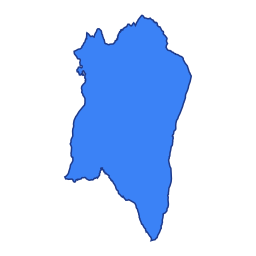 Puente Nacional, Santander, Colombia
{"feature_id": "7082276B3826053378979", "entity_name": "Puente Nacional", "entity_type": "district", "adm_level": 2, "iso_a3": "COL", "parent_name": "Colombia", "parent_adm1": "Santander", "projection": "equal_earth", "projection_center": [-73.687, 5.82], "detail": "fine", "context": "isolated", "style": "filled", "palette": "blue", "viewbox_px": 256, "rotation_deg": 0, "n_neighbors": 0, "source": "geoboundaries", "source_scale": "gbopen_adm2", "svg_char_len": 5658}
<svg xmlns="http://www.w3.org/2000/svg" viewBox="0 0 256 256"><path d="M163.5,32.9L163.3,31.5L162.3,31.0L161.7,30.3L160.2,27.3L159.8,26.8L158.9,26.8L157.5,25.6L157.3,25.1L157.4,24.2L157.1,23.3L156.6,22.6L155.8,22.3L155.3,22.8L154.4,22.1L154.0,21.5L153.5,21.5L153.5,20.7L153.1,20.1L151.6,19.6L150.1,18.1L149.7,18.4L149.1,18.7L147.5,18.7L145.6,18.0L144.5,18.0L143.2,16.0L142.3,15.4L141.7,15.4L138.2,19.8L137.8,20.9L136.7,22.5L135.8,24.8L135.4,25.5L135.0,24.5L133.7,22.8L132.7,24.0L131.6,25.8L131.0,25.8L130.2,25.5L129.9,25.2L129.5,24.4L128.5,24.2L127.8,24.3L127.3,25.5L126.6,26.6L126.3,26.6L125.8,27.2L125.1,27.3L123.4,28.5L123.1,28.9L122.7,30.0L122.0,29.6L121.8,29.6L121.5,30.2L121.1,29.8L120.7,30.1L120.8,30.4L120.6,31.6L120.2,32.1L119.7,31.8L119.0,33.4L118.2,34.7L118.3,35.5L117.7,36.0L117.9,36.3L117.6,37.1L117.8,37.6L117.6,37.7L117.4,38.6L117.6,39.0L117.3,39.4L116.8,39.0L116.6,39.2L116.7,39.8L116.6,40.1L115.9,40.7L115.3,40.7L114.7,42.6L113.8,43.2L113.7,43.6L112.9,44.0L109.8,44.2L109.4,44.6L108.9,44.7L108.1,44.6L106.5,43.8L105.8,43.8L104.9,43.1L104.5,41.5L104.2,39.8L103.7,39.2L103.0,37.0L102.6,36.4L102.5,35.0L101.7,33.7L101.6,32.3L101.2,30.8L99.1,28.8L98.1,28.8L97.7,28.9L97.0,29.7L96.4,31.7L95.4,33.2L94.8,34.5L94.3,36.0L94.1,37.0L93.1,36.6L92.3,36.0L91.5,36.4L90.5,36.5L88.5,34.0L86.9,32.8L86.7,33.5L86.7,36.1L86.4,37.5L86.7,38.7L85.8,38.9L85.2,40.8L84.9,42.0L84.5,42.6L83.9,43.0L83.1,45.0L81.9,46.4L81.8,47.6L80.2,48.9L78.3,49.2L75.6,50.7L74.1,51.3L74.3,53.3L74.6,54.1L76.6,56.6L77.6,58.6L78.1,58.9L78.6,58.8L79.7,59.0L80.0,59.4L80.3,60.0L80.3,60.6L79.8,62.7L80.1,64.0L80.1,65.1L80.4,65.4L81.7,65.6L81.9,65.8L82.2,66.5L82.2,67.1L82.0,67.5L81.4,67.9L81.0,67.8L80.0,67.0L79.0,67.1L78.4,67.3L78.1,68.5L77.1,69.6L76.9,70.0L77.1,71.5L77.3,71.9L77.7,71.9L78.2,71.6L79.1,73.7L79.4,74.9L80.8,75.0L81.1,74.8L81.4,73.8L81.8,73.5L82.2,73.6L82.9,75.3L83.2,75.3L83.3,74.7L82.3,71.8L82.6,71.3L83.4,70.8L83.7,71.0L85.1,73.6L85.5,73.8L85.4,74.6L85.0,74.6L84.9,75.0L84.8,75.9L85.0,77.0L84.7,77.8L84.8,78.1L85.4,78.5L85.6,79.3L85.6,80.0L85.3,80.1L85.2,80.3L85.4,80.7L85.4,81.6L84.8,82.9L83.4,84.2L82.0,86.0L81.7,86.6L81.5,87.9L81.5,88.7L82.0,90.4L81.7,92.4L82.7,93.8L83.1,95.6L83.7,96.1L85.0,98.5L85.0,102.7L84.6,104.8L84.4,105.3L83.3,106.4L79.1,111.5L76.7,115.5L75.8,116.6L74.1,120.4L73.6,123.2L73.5,124.2L73.7,125.7L73.5,127.3L72.9,128.7L72.6,131.1L72.8,135.7L72.6,136.5L71.3,139.1L71.0,140.3L71.0,141.8L70.9,142.5L70.3,143.7L70.3,144.1L71.3,146.3L71.6,147.6L71.3,151.8L71.0,153.1L71.2,154.5L71.1,155.5L71.2,156.0L71.7,156.6L72.1,157.3L72.8,157.4L72.9,160.7L72.2,162.2L70.5,165.0L70.1,167.6L68.8,171.8L68.7,172.4L68.3,173.5L67.5,174.7L66.0,176.3L64.8,176.9L65.7,178.9L66.6,178.8L68.4,179.3L71.5,179.1L72.4,179.3L72.8,179.7L73.1,180.8L73.4,181.0L73.7,181.7L74.8,182.1L75.4,181.6L76.2,179.7L76.4,179.6L76.9,179.6L77.6,180.1L77.8,180.0L78.0,179.2L79.3,179.4L80.0,179.1L81.1,178.9L82.1,177.6L83.9,177.7L84.9,177.4L85.6,177.7L86.1,178.5L86.7,179.0L88.9,180.1L89.9,180.2L90.4,179.9L91.0,180.0L91.8,179.6L92.3,179.9L92.8,179.8L93.5,179.5L94.1,178.5L94.4,178.3L95.5,178.3L96.9,177.4L97.2,177.5L97.5,178.0L99.6,175.0L99.4,173.6L100.2,172.5L100.1,171.6L100.4,170.7L101.2,169.9L101.1,169.1L100.8,168.3L101.2,168.0L102.4,168.0L102.4,168.8L102.2,169.4L102.3,169.6L103.7,170.1L103.8,170.4L103.6,170.8L103.6,171.0L104.1,172.0L104.8,172.2L105.3,173.7L106.1,173.4L106.3,173.8L109.1,175.7L109.0,177.3L110.7,179.2L111.0,180.2L111.7,180.3L111.9,181.0L112.3,180.9L112.6,181.2L113.5,183.1L114.6,184.6L115.5,186.3L115.9,188.0L116.6,189.7L116.9,190.0L117.6,190.4L118.1,191.0L118.5,193.2L118.7,193.7L119.7,194.3L121.3,196.2L122.4,197.1L123.0,196.3L124.7,198.9L125.4,199.3L125.8,200.2L128.0,200.1L128.7,199.6L133.3,202.2L134.7,203.1L135.1,203.7L136.0,205.5L136.2,207.2L136.6,208.2L137.4,209.1L138.0,211.5L138.7,213.4L138.8,214.5L139.3,216.0L139.2,217.3L139.9,218.9L139.9,219.6L140.2,220.1L141.2,222.5L141.5,223.7L141.8,224.2L142.2,224.2L142.6,224.6L144.1,227.5L144.5,228.0L145.5,228.8L145.5,230.0L145.8,230.6L146.2,231.9L146.6,231.5L147.7,232.8L149.6,235.9L150.6,236.9L151.4,238.5L151.4,239.0L151.3,240.1L151.1,240.6L153.6,239.9L155.0,239.7L156.6,237.8L157.1,237.7L157.7,235.4L159.5,232.2L160.6,229.2L161.2,228.4L161.1,225.7L161.9,224.6L162.0,223.5L162.4,222.5L162.3,220.0L162.9,217.6L163.1,215.9L163.3,214.8L163.1,214.4L163.3,213.8L165.3,212.8L166.9,210.8L167.0,208.9L167.2,208.2L168.0,207.1L168.1,206.3L168.3,205.6L168.4,203.9L168.0,199.8L168.2,197.0L167.8,196.0L167.7,195.3L167.9,194.9L168.4,194.4L168.4,192.4L168.6,191.3L168.9,188.1L170.0,185.7L171.1,181.9L171.4,178.8L170.9,168.5L170.7,167.9L169.9,166.5L168.8,161.6L168.6,159.8L169.2,158.3L169.3,156.6L169.6,156.4L169.8,155.9L170.0,152.9L170.6,150.5L171.3,146.3L171.9,145.9L172.4,144.9L172.6,142.3L172.8,141.7L172.6,140.7L172.9,139.9L172.9,139.0L173.2,138.4L173.1,137.3L172.9,137.1L173.0,136.6L172.4,136.3L172.4,135.9L172.7,134.9L173.2,134.7L173.6,133.7L173.9,131.2L174.9,130.4L175.4,129.6L175.6,129.5L175.8,128.4L175.7,125.4L175.9,123.2L176.6,120.3L177.8,118.6L178.3,116.7L179.9,113.5L182.5,106.8L183.4,103.5L184.1,101.9L184.1,101.3L184.4,100.9L185.4,97.8L185.4,96.1L185.7,94.3L187.4,90.5L188.3,87.8L188.6,85.8L190.1,81.6L191.2,76.5L191.1,75.6L190.3,74.4L190.0,73.2L189.3,72.3L187.3,65.9L185.0,63.0L183.3,59.7L183.2,59.3L183.2,58.4L182.6,57.5L181.5,56.6L179.8,56.0L178.0,54.8L176.8,54.4L175.6,54.3L175.4,53.7L174.7,53.6L174.0,53.2L173.1,52.3L172.2,52.3L171.3,51.2L170.5,51.1L170.2,50.6L168.9,50.5L167.8,50.1L166.9,49.0L166.7,48.3L166.1,47.5L166.3,45.8L166.9,44.4L167.5,43.7L167.5,43.4L166.9,42.6L166.4,40.9L167.0,38.7L166.9,38.1L165.2,35.8L163.3,34.0L163.3,33.6L163.5,32.9Z" fill="#3b82f6" stroke="#1e3a8a" stroke-width="1.5"/></svg>